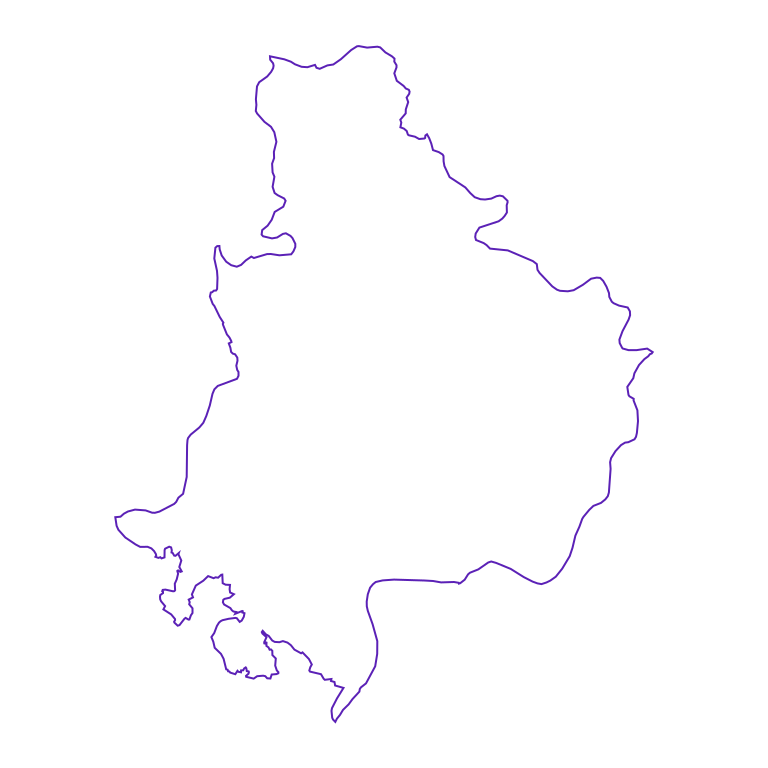 outline of Narsingdi, Dhaka, Bangladesh
{"feature_id": "16705992B95243043657125", "entity_name": "Narsingdi", "entity_type": "district", "adm_level": 2, "iso_a3": "BGD", "parent_name": "Bangladesh", "parent_adm1": "Dhaka", "projection": "mercator", "projection_center": [90.739, 24.007], "detail": "fine", "context": "isolated", "style": "outline", "palette": "violet", "viewbox_px": 768, "rotation_deg": 0, "n_neighbors": 0, "source": "geoboundaries", "source_scale": "gbopen_adm2", "svg_char_len": 6086}
<svg xmlns="http://www.w3.org/2000/svg" viewBox="0 0 768 768"><path d="M652.7,352.1L647.2,348.6L636.8,350.1L628.4,350.1L622.7,348.5L622.1,347.8L619.7,343.1L619.4,339.6L622.5,331.2L628.6,319.6L630.1,315.2L629.9,311.3L627.7,307.5L619.0,305.6L613.6,303.2L611.8,301.7L609.3,296.9L609.0,293.1L606.5,286.7L603.2,280.9L600.2,277.9L596.7,277.6L591.1,278.7L582.9,284.8L573.7,290.2L567.8,291.3L560.0,290.8L557.0,289.7L552.3,286.4L539.6,273.0L537.5,269.8L536.8,264.1L532.9,261.1L507.8,250.4L490.0,248.6L486.6,245.1L483.7,243.1L476.0,240.0L475.2,237.0L475.7,233.5L479.4,227.6L498.6,221.3L502.3,218.6L504.6,216.0L506.9,212.5L506.7,205.2L507.6,202.3L507.5,200.8L502.9,196.3L499.8,195.6L496.5,196.2L491.3,198.6L485.1,199.5L480.4,199.2L474.7,197.2L470.2,193.0L465.3,187.4L449.6,177.1L444.4,166.0L443.6,161.3L443.5,156.0L442.6,154.5L438.8,152.1L433.0,150.1L431.3,143.6L429.2,138.2L427.0,134.3L425.4,135.5L425.1,138.0L424.4,138.5L419.1,139.0L415.0,136.7L408.9,135.3L407.9,134.6L406.7,131.0L403.9,128.6L400.4,127.3L401.3,122.6L400.3,119.7L405.7,113.4L405.8,109.4L408.2,102.1L406.6,97.6L409.2,93.8L409.6,91.6L408.8,89.8L405.8,88.5L403.7,86.0L396.8,80.8L394.3,73.3L396.5,67.4L396.5,65.2L394.3,61.6L394.5,58.6L391.9,56.3L385.4,52.4L380.2,47.4L377.4,46.7L367.1,47.6L358.9,46.1L357.0,46.3L351.2,50.0L340.9,59.2L333.3,64.5L327.4,65.4L319.7,68.8L316.5,67.8L315.0,64.9L307.4,67.2L301.6,66.8L295.0,64.3L290.9,61.7L284.3,59.3L270.0,56.3L270.2,59.7L273.1,63.3L273.6,65.7L273.1,68.3L271.1,71.9L267.2,76.5L259.2,82.2L257.0,86.4L255.9,99.3L256.4,104.9L255.8,111.0L257.1,113.5L264.5,121.9L271.0,126.8L274.3,132.2L276.4,141.8L273.9,151.9L274.1,158.1L272.1,163.7L272.6,172.4L274.4,176.7L272.6,186.8L274.6,193.0L277.7,195.2L284.2,198.5L285.6,200.8L283.3,206.7L274.7,211.9L271.7,219.8L267.6,225.7L262.2,230.1L261.6,234.6L263.1,236.3L272.0,238.4L277.1,237.5L282.9,233.9L285.9,233.3L290.5,235.9L292.5,238.1L295.3,243.8L295.3,247.0L293.4,251.4L291.2,254.3L279.4,255.3L270.8,254.0L267.0,254.1L253.9,258.0L251.3,256.6L245.8,260.4L241.1,264.9L236.8,266.7L231.2,265.2L226.2,261.7L221.7,255.5L219.7,249.4L219.4,246.0L217.2,246.1L215.4,247.7L214.3,258.5L217.0,270.9L217.5,277.8L217.1,289.0L216.1,290.5L213.8,290.7L212.2,292.2L210.8,292.5L209.9,296.5L212.7,303.9L214.4,306.0L219.7,316.9L223.4,322.7L222.8,323.9L223.1,325.0L226.9,334.4L229.5,337.6L231.2,340.9L231.5,342.1L228.8,343.4L230.4,347.8L231.1,351.9L232.8,353.6L235.1,354.3L237.3,357.6L237.5,360.7L236.3,365.7L237.2,369.9L238.5,372.0L238.5,375.8L237.0,378.8L217.8,385.9L214.4,389.3L212.5,393.8L209.8,405.5L206.3,416.0L203.3,422.8L199.3,427.5L190.7,434.6L188.1,438.0L187.5,440.0L187.1,445.1L186.7,477.0L183.1,493.8L178.4,497.7L176.2,501.9L174.2,503.9L159.4,511.6L154.9,512.8L152.1,512.7L145.6,510.4L135.0,509.6L127.9,511.5L123.9,513.7L120.5,516.7L115.3,517.2L116.6,525.8L118.4,529.8L125.3,537.5L135.5,544.4L140.2,546.9L147.6,546.8L151.4,548.4L154.1,551.1L155.9,554.1L156.2,555.4L155.4,556.8L158.4,557.9L160.3,557.2L161.5,558.4L164.5,557.4L164.6,550.1L165.1,548.7L169.2,546.7L171.1,547.4L171.8,550.2L171.5,552.5L172.6,552.9L174.2,555.6L175.5,555.8L178.8,553.0L178.4,554.2L181.3,560.5L179.3,567.0L181.7,571.4L180.3,571.9L178.1,570.4L177.3,571.0L178.1,573.7L176.7,579.4L174.8,583.7L175.1,590.2L174.4,591.1L173.1,591.3L165.4,589.6L162.7,589.9L162.2,591.2L163.0,591.8L163.0,593.1L160.3,595.0L160.0,596.7L160.2,599.3L161.1,601.3L165.1,606.1L163.4,609.4L171.2,614.4L175.0,619.0L175.1,620.1L174.1,621.8L174.4,622.6L177.7,625.7L179.5,625.1L184.4,618.8L185.6,617.9L188.5,619.6L189.4,619.5L190.9,615.3L192.5,613.0L192.5,608.3L189.2,604.3L189.7,602.1L188.7,599.6L193.0,597.4L191.9,594.4L195.8,585.6L203.3,580.7L208.1,576.1L213.6,578.2L215.6,577.3L218.1,577.7L221.2,574.8L222.3,574.6L222.7,583.2L225.6,584.7L230.0,584.9L229.6,589.2L230.1,592.5L233.9,594.2L229.8,597.7L224.5,598.9L223.3,599.8L222.9,602.3L224.1,604.5L230.4,608.1L231.8,610.2L233.4,611.5L236.2,612.0L235.2,613.8L242.2,611.0L242.7,611.2L242.4,612.5L244.5,613.2L243.8,616.8L241.7,620.6L239.7,621.9L236.8,618.2L235.5,617.9L228.6,618.8L222.5,620.2L220.6,621.2L219.0,622.6L216.9,626.0L214.2,633.1L211.4,637.1L213.3,641.7L214.7,647.8L221.0,653.9L223.6,658.8L226.2,669.3L227.6,669.7L228.1,671.3L229.4,671.5L230.2,672.6L235.3,674.2L237.5,670.8L238.4,671.8L241.0,672.3L241.1,670.4L243.2,670.3L244.2,668.4L245.7,667.4L246.3,668.2L246.8,671.1L248.6,671.4L248.9,672.1L248.5,673.7L246.0,675.9L246.2,676.8L253.7,678.6L257.2,676.2L263.2,675.7L265.3,676.2L267.2,678.3L270.4,678.5L271.7,674.5L276.4,674.1L278.3,673.3L278.4,672.2L276.8,670.4L275.2,665.6L275.8,658.5L272.4,655.1L272.3,650.8L270.9,649.4L269.6,649.7L268.5,647.4L266.4,645.9L266.5,642.6L265.9,642.4L265.2,643.6L264.3,643.4L264.2,642.2L266.5,637.2L262.4,633.5L261.8,632.1L262.7,630.8L265.8,634.3L268.7,635.9L272.2,640.5L274.7,641.9L279.4,642.2L282.9,641.1L287.5,642.6L290.9,645.2L294.4,649.6L301.1,653.3L302.5,652.4L308.9,659.0L311.8,664.5L310.3,667.2L309.3,670.5L310.0,671.6L321.0,674.2L323.7,678.8L324.8,679.8L331.4,679.0L331.0,681.0L334.5,682.0L335.1,685.5L343.5,687.9L337.0,698.4L332.0,708.1L331.5,710.8L332.2,717.7L333.0,719.5L335.3,721.9L336.9,718.7L340.0,714.9L343.0,709.9L348.7,704.3L352.4,699.2L359.4,691.6L359.8,689.0L360.9,687.4L366.0,683.4L375.2,666.3L377.2,653.9L377.3,641.1L372.6,624.2L367.8,610.8L366.8,606.3L366.7,601.6L367.8,594.3L370.1,587.7L373.0,584.2L375.7,582.0L382.7,580.4L394.0,579.6L424.3,580.5L433.1,581.0L441.1,582.4L454.0,582.0L458.7,582.8L458.9,583.6L460.2,583.2L464.7,579.7L468.1,574.3L470.0,572.7L478.3,569.4L488.2,562.5L491.2,561.5L496.1,562.9L510.7,568.9L523.8,577.1L532.6,581.6L537.5,583.4L541.5,584.1L546.4,582.5L550.3,580.6L555.8,576.7L562.2,568.7L569.7,556.2L572.5,547.8L575.4,535.6L579.4,526.7L582.2,518.9L583.5,516.8L589.3,509.8L593.4,505.9L601.0,502.9L605.3,499.4L607.8,496.2L608.9,492.5L610.6,468.9L610.1,462.2L611.1,458.1L615.5,451.1L621.0,445.1L625.1,442.6L628.3,442.2L634.5,439.3L636.0,436.8L636.9,432.9L638.0,421.1L637.4,410.3L633.6,400.5L633.7,398.8L629.4,396.3L628.5,394.9L627.3,386.9L633.3,378.2L634.4,373.3L639.0,365.0L644.4,359.1L648.2,356.3L649.9,354.2L651.7,353.5L652.7,352.1Z" fill="none" stroke="#5b21b6" stroke-width="2"/></svg>